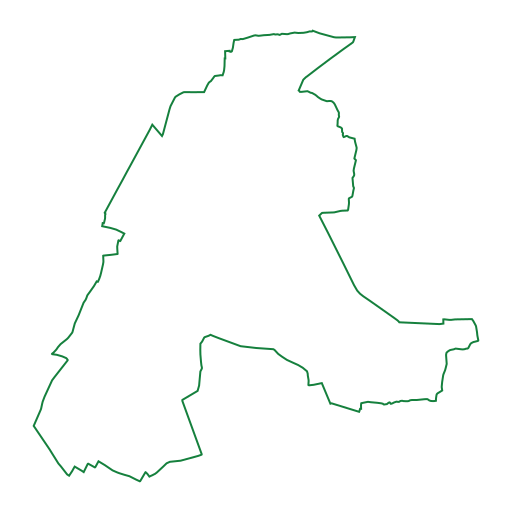 Nong Don, Saraburi, Thailand (orthographic projection)
{"feature_id": "78962969B30488240486428", "entity_name": "Nong Don", "entity_type": "district", "adm_level": 2, "iso_a3": "THA", "parent_name": "Thailand", "parent_adm1": "Saraburi", "projection": "orthographic", "projection_center": [100.697, 14.698], "detail": "fine", "context": "isolated", "style": "outline", "palette": "green", "viewbox_px": 512, "rotation_deg": 0, "n_neighbors": 0, "source": "geoboundaries", "source_scale": "gbopen_adm2", "svg_char_len": 5892}
<svg xmlns="http://www.w3.org/2000/svg" viewBox="0 0 512 512"><path d="M435.9,400.8L436.0,398.4L436.5,395.0L436.8,394.2L437.5,393.4L440.1,391.8L442.2,390.5L441.7,387.0L441.8,385.7L442.2,381.7L443.2,375.2L443.6,373.9L445.1,370.2L445.7,368.0L446.7,363.9L446.1,355.6L446.1,354.7L446.3,353.6L446.5,352.8L446.7,352.5L448.2,351.2L449.8,350.2L450.8,349.9L453.8,349.3L455.3,348.7L455.7,348.6L461.4,349.3L462.6,349.4L463.9,349.3L464.9,349.1L466.0,348.7L466.7,348.6L467.3,348.6L467.8,348.4L468.3,348.0L470.0,344.7L470.6,343.7L471.5,343.0L473.5,342.0L474.5,341.8L477.6,341.0L478.2,340.7L478.3,340.3L477.5,336.3L477.3,335.1L477.0,332.1L476.1,326.6L475.8,325.6L474.6,323.4L473.3,321.0L471.9,319.1L455.1,319.4L450.9,319.9L449.5,319.9L444.2,319.3L443.3,319.4L443.4,323.6L439.6,324.1L399.3,322.3L398.6,321.4L397.4,320.3L394.4,318.1L369.6,300.6L363.3,296.3L360.0,293.7L357.2,290.6L354.0,285.1L343.9,264.6L327.9,232.6L319.2,215.6L321.8,213.1L322.2,212.9L323.3,212.8L334.1,212.4L340.6,210.9L342.5,210.7L347.6,210.5L348.1,209.8L348.9,204.3L349.0,202.7L348.8,199.3L348.8,198.9L348.9,198.5L349.2,198.2L351.9,196.8L352.1,196.5L352.4,195.9L353.4,190.4L353.9,188.4L353.9,187.8L353.2,186.2L352.5,178.0L352.7,177.6L353.4,176.7L354.1,175.5L354.2,174.6L354.2,174.0L353.6,170.8L353.9,168.6L355.9,160.4L355.8,160.0L354.4,158.6L354.4,158.3L356.3,150.4L356.6,148.7L356.6,147.5L355.1,141.9L354.8,140.2L354.6,138.7L349.5,137.4L349.2,137.3L347.5,136.2L347.1,136.0L346.7,136.0L346.3,136.0L343.8,137.1L343.6,137.0L343.0,135.7L342.8,134.9L342.8,134.5L343.0,133.9L343.0,133.1L342.2,132.0L342.1,131.5L342.0,128.7L341.9,128.5L341.4,127.9L340.8,127.5L340.0,127.1L337.9,126.3L337.5,126.0L337.4,125.7L337.6,123.5L337.7,120.4L338.0,119.0L338.7,117.7L339.0,117.1L339.1,116.6L338.8,114.9L338.9,113.3L338.9,112.9L338.7,112.2L337.5,110.1L335.2,105.2L334.5,103.9L333.6,102.7L332.4,101.7L332.0,101.4L331.2,101.1L330.0,101.0L329.2,101.0L327.0,101.2L326.5,101.1L321.6,99.4L320.4,98.7L318.0,97.1L316.2,95.5L314.8,94.5L314.0,94.1L313.0,93.5L312.1,93.0L310.5,92.7L308.6,91.7L307.4,91.2L301.2,91.9L300.3,91.9L299.8,91.8L299.2,90.8L298.7,90.5L303.3,79.7L305.9,77.2L306.8,76.6L318.1,67.9L321.3,65.5L329.8,59.1L343.6,49.0L352.3,42.8L352.9,42.3L353.2,41.8L353.4,41.3L354.9,37.1L350.5,37.3L336.2,37.5L333.9,37.2L319.6,33.3L312.7,30.7L312.3,31.3L312.0,31.4L311.0,31.5L309.7,31.4L307.0,32.2L303.5,32.8L298.3,33.0L294.6,32.6L290.3,33.4L288.0,34.1L286.0,34.1L281.9,33.8L279.7,34.9L277.7,34.3L275.2,34.5L273.9,34.1L269.4,34.9L267.5,35.0L263.9,35.2L259.8,35.7L258.5,35.8L255.5,35.3L254.9,35.4L254.1,35.5L247.8,37.6L244.5,38.6L243.1,39.0L242.6,39.1L240.9,39.0L240.6,39.0L239.9,39.3L238.7,39.7L234.5,39.9L234.2,40.0L233.6,42.8L232.9,47.7L231.9,51.2L231.6,51.5L231.0,51.8L230.6,51.8L229.4,51.4L229.5,50.8L229.4,50.8L225.1,51.2L225.3,58.4L224.7,58.4L224.5,66.1L224.1,70.1L223.7,72.0L222.6,75.3L220.5,75.2L218.8,75.5L214.9,76.0L214.3,76.5L213.1,78.2L210.9,81.1L209.7,81.9L208.8,82.7L207.2,85.5L204.1,92.1L193.1,92.2L184.6,92.1L183.4,92.3L179.3,94.4L178.5,94.9L175.5,96.8L174.8,97.8L170.5,106.2L169.5,109.4L162.9,134.2L162.0,136.0L152.3,124.7L149.7,129.9L148.4,132.3L129.4,167.3L127.3,171.1L122.2,180.6L117.2,189.7L104.7,212.8L104.8,213.0L105.3,213.0L105.4,214.4L105.1,214.8L105.1,215.1L105.1,217.7L105.0,218.8L104.1,222.5L103.8,223.3L102.7,223.1L102.2,226.2L110.3,227.9L116.2,229.6L120.8,231.8L124.3,233.6L120.3,241.0L120.1,241.1L119.7,240.8L118.7,240.3L118.4,240.5L117.2,246.5L117.3,249.2L117.6,253.9L117.5,254.0L111.3,254.8L103.4,255.6L103.2,255.7L103.2,256.0L103.4,260.8L103.4,262.0L103.0,264.4L102.7,265.7L101.1,272.7L100.3,275.8L99.2,278.9L97.9,281.8L97.7,281.8L96.7,281.4L94.0,286.0L90.0,291.7L88.3,294.0L87.3,295.4L86.4,298.0L85.6,299.8L83.6,302.7L78.7,315.1L74.8,323.4L73.4,328.6L72.5,332.0L72.1,332.8L68.2,337.8L66.9,339.1L60.6,344.1L58.0,347.1L56.3,349.6L55.2,350.8L53.5,352.6L52.1,353.7L52.0,353.9L52.1,354.0L52.3,354.2L56.8,354.8L62.3,356.4L65.5,357.8L66.2,358.1L66.8,358.7L67.6,359.8L67.7,360.0L67.6,360.4L54.5,377.1L52.1,380.3L44.6,396.6L42.7,401.6L42.2,403.6L41.1,408.7L40.7,409.8L33.7,425.9L49.6,449.4L51.7,452.8L58.4,463.5L60.9,466.4L67.1,474.4L69.1,475.7L72.1,471.2L73.7,468.3L74.7,466.6L81.8,470.8L83.7,472.1L87.6,464.2L87.9,463.8L88.2,463.7L88.4,463.8L94.5,467.2L94.9,467.4L95.1,467.3L95.4,467.0L98.5,461.3L104.8,465.1L112.6,470.4L117.4,472.5L119.6,473.3L124.4,474.8L129.4,476.2L136.1,479.6L139.8,481.3L140.2,481.1L145.4,472.3L145.6,472.2L147.3,473.8L149.4,476.6L150.6,476.0L152.6,475.1L153.9,474.4L154.8,474.0L155.5,473.5L156.6,472.7L157.7,471.7L163.2,466.6L166.6,463.3L169.9,461.8L180.6,460.7L198.2,455.9L201.0,454.9L201.6,454.6L201.7,454.2L196.1,438.8L182.3,400.8L182.4,399.9L197.6,390.9L199.1,385.6L200.3,372.3L200.4,371.4L201.5,369.3L201.9,368.3L201.9,367.5L201.4,365.3L201.0,361.8L200.4,354.4L200.3,349.8L200.4,343.7L201.7,342.1L202.2,341.4L203.3,339.3L204.0,338.0L204.2,337.6L204.5,337.3L205.1,337.0L208.6,335.8L210.5,334.8L213.0,335.9L218.9,338.2L240.6,346.2L256.2,348.0L273.3,349.2L274.5,349.9L278.2,353.9L281.9,356.6L286.9,359.9L293.2,362.8L298.1,365.0L302.8,367.8L307.0,371.3L307.7,373.7L307.8,375.5L308.6,380.2L308.6,381.5L308.4,384.8L308.5,385.1L309.1,385.3L310.1,385.2L313.7,384.8L321.8,383.1L330.4,403.7L331.5,403.3L359.1,411.8L359.4,411.1L360.1,408.8L361.1,408.8L361.0,405.4L361.2,403.5L361.3,403.2L363.6,402.7L367.6,401.9L368.5,401.9L370.6,402.2L377.3,402.8L381.1,403.3L382.4,403.6L382.8,403.7L383.6,404.4L384.3,404.5L384.8,404.4L386.9,404.1L388.4,402.9L388.9,402.6L389.6,402.4L389.8,402.5L390.6,403.6L390.8,403.8L391.0,403.8L392.5,403.3L394.0,402.5L396.3,401.7L396.9,401.7L398.2,401.9L398.8,401.9L399.1,401.8L400.4,401.0L401.8,400.8L402.3,400.8L403.0,401.0L403.7,401.1L405.9,401.2L407.8,401.2L408.8,401.0L409.7,400.5L410.0,400.3L411.9,400.0L416.8,400.0L424.6,399.2L426.7,399.1L427.5,399.2L428.0,399.5L429.1,400.3L430.0,400.7L431.1,401.0L433.7,401.1L434.6,401.0L435.9,400.8Z" fill="none" stroke="#15803d" stroke-width="2"/></svg>